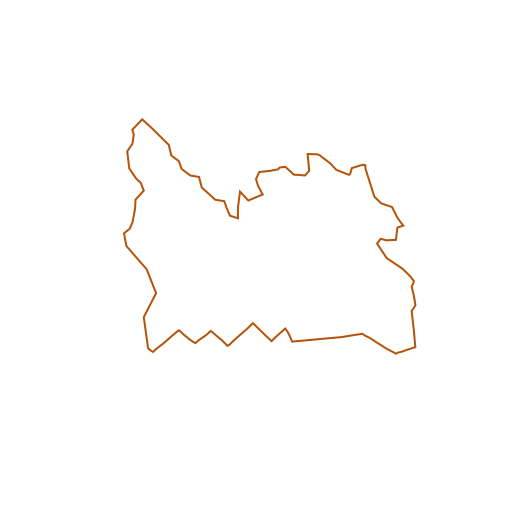 the district of Al-Namaniya, Wasit, Iraq, rotated 315°
{"feature_id": "34846034B89044527210900", "entity_name": "Al-Namaniya", "entity_type": "district", "adm_level": 2, "iso_a3": "IRQ", "parent_name": "Iraq", "parent_adm1": "Wasit", "projection": "equal_earth", "projection_center": [45.52, 32.446], "detail": "fine", "context": "isolated", "style": "outline", "palette": "amber", "viewbox_px": 512, "rotation_deg": 315, "n_neighbors": 0, "source": "geoboundaries", "source_scale": "gbopen_adm2", "svg_char_len": 1874}
<svg xmlns="http://www.w3.org/2000/svg" viewBox="0 0 512 512"><g transform="rotate(315 256 256)"><path d="M304.2,433.1L315.2,420.0L315.0,420.3L327.1,405.0L333.1,403.8L333.9,403.6L339.3,396.1L344.3,387.9L349.7,385.7L350.6,380.8L350.6,368.7L346.9,349.9L350.4,332.8L356.3,332.0L359.2,337.0L366.3,343.5L376.1,335.9L381.6,338.6L382.9,329.5L386.8,317.6L381.8,307.4L381.6,297.9L384.5,292.2L395.2,271.6L397.5,269.2L396.5,267.4L393.5,265.6L385.9,261.6L380.7,264.5L379.1,264.3L373.7,251.9L374.0,242.9L373.1,236.3L373.0,235.8L372.3,229.9L371.3,227.5L364.6,220.4L353.8,233.4L347.6,233.7L340.3,225.2L339.8,213.7L335.2,210.1L333.0,210.4L326.1,205.7L317.7,198.9L310.4,201.6L307.1,207.8L304.2,217.2L289.8,211.3L290.2,199.2L277.2,209.2L269.9,216.6L266.1,209.0L269.2,201.3L272.3,194.8L267.6,188.3L267.0,187.5L266.1,169.2L271.6,159.8L266.5,152.7L265.0,141.8L268.5,134.5L267.2,125.1L272.9,115.7L272.7,90.7L272.1,78.9L264.3,79.1L257.9,79.2L255.5,83.6L250.6,87.4L248.0,89.2L238.9,91.0L228.3,104.5L226.0,116.5L226.3,122.7L222.9,130.4L210.6,131.0L203.9,137.1L192.6,144.8L186.0,147.4L178.7,146.6L171.4,157.4L169.3,188.1L159.1,211.6L152.9,213.6L137.8,218.5L133.4,219.9L114.5,244.9L114.7,247.9L115.4,251.1L119.6,251.1L121.6,251.4L128.4,252.3L138.0,252.9L148.8,253.8L149.3,256.4L149.3,260.5L150.1,268.2L150.8,272.0L151.5,274.7L155.9,275.0L165.0,276.7L171.0,277.0L171.4,280.3L171.6,284.1L172.3,290.9L172.3,299.4L175.1,300.0L178.9,300.0L185.3,300.3L198.6,301.2L206.2,301.2L206.4,305.0L206.4,310.6L206.8,327.2L208.6,327.2L212.8,327.2L220.6,327.7L225.4,328.0L224.8,331.6L223.9,334.8L221.0,342.2L224.5,344.9L229.6,349.3L233.9,352.8L236.9,355.3L243.2,360.5L248.2,364.7L250.3,366.4L259.1,373.8L266.9,379.4L276.2,386.2L276.9,389.7L278.7,395.0L280.0,401.5L282.9,414.5L284.0,417.7L286.0,424.2L287.8,424.5L291.1,426.6L293.8,427.8L300.0,431.0L304.2,433.1Z" fill="none" stroke="#b45309" stroke-width="2"/></g></svg>